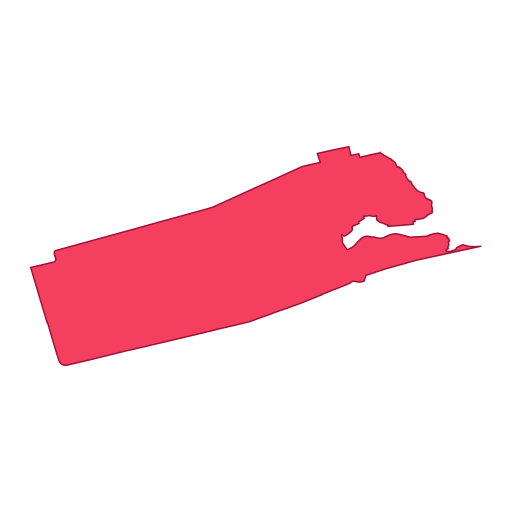 Izbiceni, Olt, Romania (Equal Earth projection)
{"feature_id": "2599482B11168093358018", "entity_name": "Izbiceni", "entity_type": "district", "adm_level": 2, "iso_a3": "ROU", "parent_name": "Romania", "parent_adm1": "Olt", "projection": "equal_earth", "projection_center": [24.689, 43.819], "detail": "fine", "context": "isolated", "style": "filled", "palette": "rose", "viewbox_px": 512, "rotation_deg": 0, "n_neighbors": 0, "source": "geoboundaries", "source_scale": "gbopen_adm2", "svg_char_len": 5330}
<svg xmlns="http://www.w3.org/2000/svg" viewBox="0 0 512 512"><path d="M262.3,317.0L264.5,316.3L268.2,315.0L274.4,312.6L280.4,310.5L286.7,308.4L292.9,306.0L299.2,303.8L305.5,301.3L311.8,298.8L318.1,296.2L321.7,294.8L321.5,294.5L323.9,293.6L330.4,291.0L336.9,288.5L343.1,286.0L349.2,283.5L349.6,283.3L350.2,282.9L351.2,282.1L352.2,281.5L352.9,281.3L354.0,281.3L357.4,281.8L358.3,282.0L359.2,282.1L360.3,282.0L361.8,281.8L363.2,281.5L363.7,281.3L364.1,281.0L364.3,280.7L364.4,280.3L364.8,278.8L365.2,277.8L365.9,275.4L376.4,271.9L383.3,269.6L386.2,268.7L405.8,263.2L416.4,260.2L481.1,246.2L481.3,246.2L480.1,246.3L479.9,246.3L475.1,246.7L468.8,246.4L462.6,244.7L457.2,247.4L456.7,247.7L455.6,249.6L450.4,251.4L446.2,251.5L445.9,249.9L448.2,248.7L447.9,247.1L448.8,245.0L448.4,241.9L449.6,240.9L448.5,238.1L447.6,238.3L447.0,237.0L447.1,236.1L443.4,234.7L438.1,233.2L433.8,233.7L431.9,234.3L429.4,235.0L428.3,235.6L428.1,235.6L426.9,236.2L422.5,236.5L419.4,236.7L415.0,236.9L411.8,237.1L411.6,237.2L411.2,237.2L410.9,237.2L410.6,237.2L410.3,237.2L409.9,237.1L409.5,237.0L409.3,236.9L407.9,236.6L406.8,236.3L404.9,235.7L403.9,235.5L402.5,235.2L402.4,235.1L401.6,234.9L400.5,234.6L399.5,234.3L399.3,234.2L399.0,234.2L398.4,234.1L397.8,234.0L396.2,233.8L395.3,233.8L394.2,233.9L393.7,234.0L392.2,234.2L391.7,234.3L391.0,234.5L390.5,234.7L390.1,234.8L389.8,234.9L388.8,235.3L388.7,235.3L388.0,235.6L387.7,235.7L386.6,236.2L385.9,236.5L384.6,237.2L384.1,237.5L383.9,237.6L383.4,237.8L382.6,238.0L381.0,238.2L380.1,238.2L379.5,238.2L378.1,238.1L377.0,237.8L376.7,237.7L376.2,237.6L375.8,237.5L375.2,237.3L374.8,237.2L374.6,237.2L374.2,237.1L373.8,237.0L373.6,237.0L373.1,237.0L371.9,237.0L371.4,237.0L370.9,236.9L370.5,236.8L369.2,236.5L367.9,236.2L366.7,236.2L366.0,236.3L365.2,236.5L364.7,236.6L363.7,237.0L363.2,237.2L362.6,237.6L361.9,238.0L361.1,238.6L360.7,239.0L360.2,239.4L359.0,240.6L358.6,241.1L358.0,241.7L357.2,242.5L355.9,244.0L355.5,244.4L355.3,244.7L354.9,245.1L354.7,245.3L354.2,245.8L353.1,246.6L352.4,247.2L351.7,247.6L351.2,247.8L350.6,248.1L350.0,248.4L349.7,248.6L349.1,249.0L348.6,249.2L348.5,249.3L348.3,249.4L348.0,249.5L347.7,249.5L347.4,249.5L347.2,249.5L347.0,249.4L346.9,249.3L346.8,249.2L346.6,249.0L346.2,248.3L346.1,248.0L345.0,246.6L344.6,246.0L343.8,244.8L343.6,244.6L343.4,244.3L343.1,243.9L342.9,243.4L342.5,242.5L342.5,242.2L342.4,241.8L342.3,241.4L342.3,240.7L342.3,240.1L342.4,239.6L342.3,239.0L342.3,238.7L342.2,237.9L342.0,237.0L341.9,236.7L341.8,236.2L341.8,235.8L341.8,235.6L341.7,234.8L341.7,234.7L341.8,234.7L342.1,234.9L343.7,235.8L343.9,236.0L344.2,236.0L344.4,236.0L344.8,236.0L345.1,235.9L345.7,235.5L346.1,235.3L346.5,235.0L346.8,234.9L348.5,233.6L349.3,232.9L350.7,231.8L351.1,231.5L351.9,230.5L352.3,229.8L352.3,229.7L352.4,229.4L352.4,228.7L352.0,226.7L352.5,226.3L353.0,226.1L355.4,225.0L359.1,223.4L358.6,222.0L359.1,221.6L361.4,220.2L364.2,218.3L364.2,218.2L363.5,216.4L363.9,216.3L364.1,216.2L364.3,216.2L365.2,216.0L365.4,216.0L365.8,216.1L366.1,216.1L366.8,216.0L367.8,215.9L368.4,215.7L369.5,215.6L369.8,215.6L370.4,215.8L371.9,216.2L372.5,216.2L373.7,216.3L374.0,216.3L375.0,216.2L376.4,215.9L376.6,218.1L376.7,219.7L376.8,219.9L377.1,220.2L377.5,220.5L378.0,220.8L379.6,222.0L380.0,222.3L380.5,222.5L380.8,222.5L381.8,222.9L382.5,223.0L383.1,223.2L384.0,223.6L385.5,224.3L386.4,224.7L386.9,224.8L387.5,224.9L387.8,224.8L387.9,225.2L388.0,226.2L388.0,226.3L388.4,226.3L390.1,226.2L395.3,225.8L399.5,225.5L405.2,225.0L408.1,224.8L409.2,224.7L410.7,224.5L413.2,224.3L413.0,221.7L415.1,221.5L414.9,219.7L416.4,219.5L418.9,219.1L423.0,218.5L424.6,217.5L425.1,217.3L426.1,216.5L427.3,215.5L429.1,214.3L430.2,213.6L431.2,213.2L431.9,212.9L432.3,212.6L432.2,212.0L432.1,210.9L432.2,210.1L432.3,208.1L432.0,207.1L431.7,206.6L431.6,206.0L431.5,205.1L431.8,203.8L431.9,202.0L431.6,201.1L431.0,200.6L429.8,199.9L428.8,199.4L427.7,199.1L426.8,198.6L426.1,198.2L425.4,197.3L425.0,196.7L424.5,195.7L424.2,193.9L423.8,193.3L423.0,192.7L421.6,192.6L419.1,191.7L416.5,189.9L415.3,188.4L413.7,186.5L412.4,185.0L411.7,183.9L411.5,183.0L411.3,182.1L410.5,181.4L409.2,181.1L408.7,180.5L406.7,178.0L406.2,177.3L406.0,176.6L405.8,175.1L405.4,173.9L405.0,173.6L403.7,172.7L403.4,172.3L403.1,171.0L402.3,170.0L401.6,169.3L400.4,168.2L399.6,167.2L399.0,167.1L397.3,166.8L396.8,166.6L396.7,166.3L396.0,164.5L395.1,162.6L392.6,160.6L391.8,159.8L390.9,159.1L388.4,157.8L383.9,155.2L382.6,154.4L381.4,153.7L380.6,153.0L380.2,152.5L380.0,152.8L372.5,154.4L359.7,157.3L358.8,153.8L350.9,155.4L348.9,146.7L332.8,150.0L329.2,150.8L317.3,153.5L318.6,157.3L320.3,162.4L302.2,166.5L272.1,180.3L253.0,188.8L252.6,189.0L212.8,207.2L204.5,209.6L154.0,223.5L130.7,230.0L55.9,250.5L55.1,251.0L54.6,251.6L54.2,252.5L54.2,253.2L54.3,254.0L55.3,257.4L55.7,258.7L55.9,259.5L55.6,260.6L55.2,261.1L54.7,261.6L54.2,261.9L52.8,262.3L36.0,266.2L30.7,267.5L46.2,319.6L47.2,322.9L47.6,322.8L55.4,349.3L59.0,360.8L59.6,362.1L60.7,363.3L61.5,364.0L62.1,364.4L63.0,364.8L63.6,365.0L64.5,365.2L65.3,365.3L66.2,365.3L68.6,364.8L90.4,359.7L94.0,358.8L98.4,357.7L112.6,354.2L125.5,351.0L131.1,349.8L138.2,348.1L145.9,346.4L152.5,344.8L184.5,337.2L194.9,334.8L207.5,331.7L210.4,331.1L217.3,329.3L225.9,327.3L235.7,325.0L243.4,323.2L249.7,321.6L254.0,320.1L259.2,318.1L262.3,317.0Z" fill="#f43f5e" stroke="#9f1239" stroke-width="1.5"/></svg>